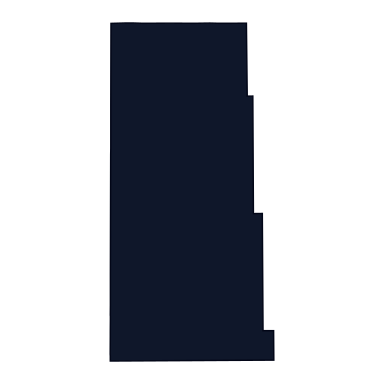 Sioux, Nebraska, United States of America
{"feature_id": "52423323B6299370365207", "entity_name": "Sioux", "entity_type": "district", "adm_level": 2, "iso_a3": "USA", "parent_name": "United States of America", "parent_adm1": "Nebraska", "projection": "albers", "projection_center": [-103.851, 42.502], "detail": "fine", "context": "isolated", "style": "filled", "palette": "ink", "viewbox_px": 384, "rotation_deg": 0, "n_neighbors": 0, "source": "geoboundaries", "source_scale": "gbopen_adm2", "svg_char_len": 609}
<svg xmlns="http://www.w3.org/2000/svg" viewBox="0 0 384 384"><path d="M110.7,154.8L110.7,155.1L110.6,192.6L110.4,274.3L110.4,277.1L110.4,304.0L110.4,305.2L110.3,315.2L110.4,316.3L110.4,319.3L110.3,331.4L110.3,336.2L110.2,354.2L110.3,356.0L110.3,361.0L273.8,360.1L273.6,330.7L263.0,330.7L262.3,213.5L253.4,213.6L252.8,96.1L247.2,96.2L246.4,23.2L246.2,23.2L228.8,23.3L228.6,23.3L218.4,23.3L209.9,23.1L194.5,23.3L170.1,23.2L169.7,23.2L142.6,23.3L132.4,23.0L126.3,23.0L111.0,23.4L110.8,106.5L110.8,108.1L110.8,141.8L110.8,147.3L110.8,148.3L110.7,154.8Z" fill="#0f172a" stroke="#020617" stroke-width="1.5"/></svg>